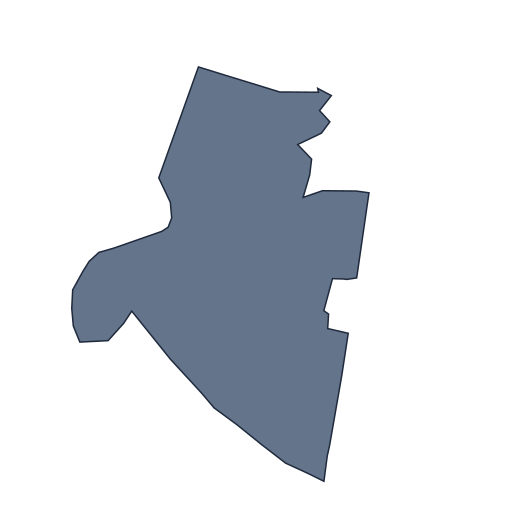 Mirzaabad, Sirdaryo, Uzbekistan (orthographic projection), rotated 24°
{"feature_id": "79887680B49500838680737", "entity_name": "Mirzaabad", "entity_type": "district", "adm_level": 2, "iso_a3": "UZB", "parent_name": "Uzbekistan", "parent_adm1": "Sirdaryo", "projection": "orthographic", "projection_center": [68.617, 40.481], "detail": "fine", "context": "isolated", "style": "filled", "palette": "slate", "viewbox_px": 512, "rotation_deg": 24, "n_neighbors": 0, "source": "geoboundaries", "source_scale": "gbopen_adm2", "svg_char_len": 824}
<svg xmlns="http://www.w3.org/2000/svg" viewBox="0 0 512 512"><g transform="rotate(24 256 256)"><path d="M130.1,406.3L155.3,393.5L162.5,371.3L164.9,356.9L220.0,385.2L262.1,403.4L279.5,411.8L307.3,417.9L337.7,426.0L367.3,433.2L392.5,433.5L409.7,434.2L402.4,409.6L400.4,399.6L383.0,330.4L371.7,289.1L351.0,293.1L345.9,279.5L340.2,278.4L335.1,245.6L339.0,244.0L345.3,241.4L348.4,240.5L356.9,235.1L333.5,152.3L321.1,155.9L290.2,169.3L275.2,183.3L272.1,160.2L267.4,144.9L248.7,137.2L263.6,119.8L265.8,117.2L268.9,103.4L254.9,97.3L259.6,78.8L244.2,77.8L246.5,81.0L220.1,92.5L211.1,96.5L155.0,103.3L126.5,106.7L135.4,224.2L155.9,241.8L163.5,255.5L164.0,265.4L159.9,271.8L122.7,306.8L111.0,316.6L105.8,328.6L104.1,340.4L102.3,361.5L109.0,378.8L117.6,394.3L130.1,406.3Z" fill="#64748b" stroke="#1e293b" stroke-width="1.5"/></g></svg>